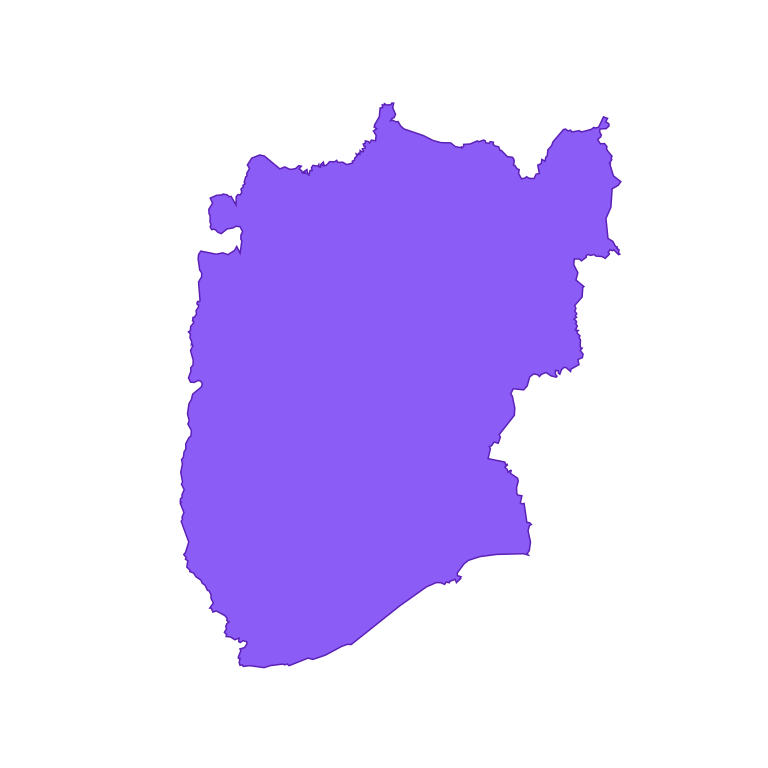 Cabo Corrientes, Jalisco, Mexico (Albers equal-area conic projection), rotated 281°
{"feature_id": "50627088B86222630376242", "entity_name": "Cabo Corrientes", "entity_type": "district", "adm_level": 2, "iso_a3": "MEX", "parent_name": "Mexico", "parent_adm1": "Jalisco", "projection": "albers", "projection_center": [-105.39, 20.333], "detail": "fine", "context": "isolated", "style": "filled", "palette": "violet", "viewbox_px": 768, "rotation_deg": 281, "n_neighbors": 0, "source": "geoboundaries", "source_scale": "gbopen_adm2", "svg_char_len": 6154}
<svg xmlns="http://www.w3.org/2000/svg" viewBox="0 0 768 768"><g transform="rotate(281 384 384)"><path d="M479.5,178.8L475.8,177.3L471.6,177.6L460.8,181.3L458.3,183.8L454.5,184.5L448.7,182.5L430.7,187.5L429.7,187.2L429.5,185.4L427.9,184.9L426.4,185.5L426.3,186.8L424.2,187.2L420.2,185.5L416.7,186.6L413.2,185.0L412.9,183.8L409.4,184.0L409.1,185.2L407.6,185.4L403.7,183.3L399.2,183.7L397.9,182.1L396.0,184.5L392.6,184.6L388.6,187.3L385.8,187.4L386.4,187.9L385.3,189.1L379.9,187.7L371.1,192.1L366.3,192.9L363.0,191.2L359.5,192.0L352.6,190.9L348.9,193.7L349.3,197.3L352.3,201.5L351.2,204.3L349.3,205.7L346.0,205.1L337.5,198.1L332.1,197.9L327.3,196.3L317.2,196.8L310.7,199.8L307.4,199.1L301.6,203.8L296.0,204.4L294.3,202.8L287.6,200.8L282.3,201.9L279.4,200.7L273.7,201.0L271.2,199.7L266.9,201.4L258.6,201.3L249.2,205.0L247.0,204.3L242.2,208.0L236.6,206.8L234.1,207.5L232.5,206.1L229.4,206.5L229.3,207.6L228.0,206.8L219.5,212.2L214.8,211.1L212.7,212.0L210.5,211.1L191.6,222.5L180.9,221.3L178.3,220.0L176.1,222.9L174.1,222.5L173.1,225.1L166.6,225.4L164.1,229.2L162.8,229.2L162.1,233.2L158.9,236.2L156.6,241.6L153.8,243.5L152.2,246.9L147.8,250.0L147.6,251.6L144.4,254.3L140.5,255.1L136.5,258.3L130.8,255.7L130.9,257.3L127.5,259.5L129.2,262.8L126.3,271.9L124.1,274.7L121.8,274.8L120.7,277.2L118.6,275.4L115.6,274.9L113.8,276.2L109.8,274.7L108.0,277.3L106.0,277.2L106.4,281.5L104.5,286.4L106.9,290.2L103.4,290.6L102.8,292.2L105.2,294.7L104.8,298.4L102.9,299.1L98.7,297.4L96.4,293.1L94.9,294.4L88.3,293.1L86.9,293.5L87.2,295.0L83.0,295.0L80.4,296.3L81.3,298.6L79.9,299.7L81.9,306.0L82.7,320.4L85.9,326.2L89.6,337.6L89.5,340.5L90.7,342.2L89.4,344.6L100.4,361.7L100.1,366.8L106.6,378.1L118.5,392.7L121.5,397.8L122.0,401.5L169.4,441.9L193.0,464.4L198.9,473.0L199.8,477.3L198.9,481.8L201.4,482.8L201.4,486.1L202.7,486.1L205.8,491.2L202.8,493.0L207.7,496.4L208.1,495.7L209.5,496.4L209.8,492.8L212.3,491.9L222.6,496.8L227.0,500.5L232.9,511.2L238.3,527.4L244.0,553.3L243.6,558.3L244.9,556.9L248.1,558.4L256.7,558.0L267.4,553.4L272.8,553.8L274.2,555.4L275.7,553.3L275.3,550.7L293.5,544.3L292.6,542.3L293.3,540.5L300.6,540.7L300.5,536.8L301.7,535.3L307.5,533.9L314.3,534.3L317.0,533.1L320.4,525.1L323.3,525.4L323.3,524.3L321.0,522.7L323.7,521.2L325.4,518.4L327.9,520.5L328.7,520.2L328.0,518.8L330.4,517.6L330.6,500.4L340.8,500.8L342.7,499.3L343.8,501.3L348.1,503.2L347.6,507.4L353.9,508.4L356.2,506.7L378.1,517.9L385.3,517.0L396.7,512.2L398.5,510.3L404.0,511.8L404.9,522.2L409.3,524.9L418.8,525.7L422.5,529.0L422.4,533.4L421.0,535.1L423.6,536.8L426.2,540.9L423.8,546.6L423.6,551.8L424.7,552.3L426.4,550.3L430.0,549.7L430.3,552.5L428.0,553.1L427.1,554.7L432.2,555.6L434.8,557.7L434.7,560.0L431.9,564.7L434.4,564.8L440.2,571.7L445.0,569.7L447.7,573.7L451.4,573.7L454.3,570.2L457.0,571.7L457.2,570.2L458.8,569.3L464.6,568.5L466.9,566.7L468.7,567.2L470.5,564.2L472.1,563.5L473.6,564.5L473.6,561.6L477.7,562.7L480.0,560.6L481.3,561.3L482.8,560.3L483.9,558.1L486.2,560.3L487.5,558.8L489.8,559.8L491.9,557.3L494.7,558.0L497.4,556.2L507.3,561.9L516.5,560.7L517.8,561.6L522.7,552.6L530.3,553.0L537.3,547.5L543.0,546.9L544.0,552.0L542.5,554.2L546.9,558.3L549.0,558.2L550.1,560.1L549.6,562.1L551.2,565.6L550.0,567.6L550.7,574.0L549.5,577.2L554.0,580.2L555.0,580.4L555.9,578.9L559.0,580.3L558.4,582.8L559.6,583.9L555.7,589.6L556.5,590.7L557.4,589.2L560.6,589.1L561.6,586.7L562.9,586.9L563.3,584.9L567.7,581.4L569.6,576.1L588.8,570.3L600.8,573.0L619.2,570.7L623.7,576.0L627.8,577.9L632.1,569.5L642.2,564.1L643.8,564.2L643.9,563.2L647.7,564.8L649.2,563.8L651.1,564.4L655.6,558.9L657.4,557.5L659.5,557.6L662.1,554.6L661.1,550.5L664.8,547.1L667.9,549.6L670.0,549.8L672.5,547.6L675.6,547.4L677.0,553.3L680.3,555.7L682.5,554.9L683.7,551.6L687.4,552.8L688.1,548.5L677.1,545.7L675.7,543.0L675.9,541.0L673.5,538.9L669.1,529.8L669.9,527.2L667.2,520.2L668.8,518.8L667.5,516.2L668.9,513.5L668.0,511.6L654.0,503.7L649.7,503.0L645.2,500.2L639.0,500.7L637.4,499.5L633.4,499.6L634.6,496.1L630.4,496.3L628.2,493.2L620.3,496.3L619.0,493.3L614.3,492.1L613.6,487.1L614.7,484.4L613.1,483.1L611.7,479.8L616.2,476.0L620.3,475.8L620.6,473.6L623.4,470.9L623.5,469.4L627.7,469.3L630.1,468.1L631.1,466.5L630.7,461.8L635.7,454.6L635.4,453.4L638.7,451.3L638.9,447.1L640.2,445.5L642.2,445.2L642.2,442.1L640.3,441.3L640.2,437.8L642.1,436.9L642.5,435.3L639.8,430.7L640.5,429.3L636.0,422.6L634.4,416.4L632.6,416.9L630.6,415.5L631.5,414.8L630.7,413.9L630.6,408.7L633.4,403.5L631.8,393.8L632.4,385.7L635.4,375.2L638.2,354.9L640.5,351.1L644.4,347.7L643.6,346.0L644.6,342.0L643.7,340.3L646.3,341.2L647.4,343.1L650.8,343.9L656.9,339.8L661.6,339.9L661.2,338.0L659.4,337.4L658.4,333.2L659.3,330.9L657.8,330.9L657.7,329.0L655.1,329.9L654.2,327.5L645.6,328.4L636.2,325.2L634.9,326.0L634.3,325.4L633.1,328.2L630.4,325.3L626.6,328.8L621.1,329.3L621.0,325.1L617.8,323.8L619.0,322.3L619.1,319.3L616.7,319.6L615.6,317.8L613.7,318.9L613.7,320.3L612.0,320.4L610.6,317.8L608.7,319.4L607.6,318.4L608.6,316.0L605.0,316.5L605.6,315.2L604.2,315.0L604.7,312.8L602.7,313.9L600.2,312.2L598.0,312.3L596.7,310.4L594.9,311.0L592.3,305.5L593.8,301.3L592.7,296.2L594.5,294.9L592.7,293.1L591.9,288.2L587.8,285.8L586.6,283.0L586.9,282.1L588.0,283.1L590.3,282.1L587.3,280.0L584.6,280.3L584.8,278.9L587.0,278.1L585.2,277.5L585.1,272.6L582.5,271.5L579.8,272.7L579.5,270.7L574.8,270.5L575.7,269.1L579.8,267.4L577.1,264.7L575.8,266.6L575.7,263.4L577.6,262.6L579.0,259.6L582.0,261.3L582.1,258.7L578.7,256.2L577.2,252.7L576.8,250.2L578.2,245.3L575.3,240.7L585.0,223.0L585.1,218.3L580.5,211.1L573.0,208.1L569.9,210.8L564.4,209.1L562.2,209.8L561.0,208.7L555.2,208.3L554.0,209.5L552.1,207.6L550.8,208.3L548.0,206.4L545.1,207.8L542.3,206.8L542.1,204.6L539.8,203.2L531.6,204.5L539.0,198.1L538.3,196.4L539.8,193.7L539.7,189.6L538.8,189.1L537.3,183.7L533.3,177.9L528.8,181.2L522.1,178.7L517.7,179.8L516.1,181.2L509.7,182.3L507.4,184.0L505.3,183.3L503.7,184.4L502.6,185.6L503.6,187.1L503.1,189.3L501.3,191.8L500.5,195.5L506.2,200.3L508.5,206.3L510.5,208.3L511.0,212.6L506.5,216.2L503.0,215.1L498.6,215.9L497.6,217.1L484.9,217.8L490.9,213.2L486.6,211.8L481.2,206.1L482.0,200.7L479.4,194.5L479.5,178.8Z" fill="#8b5cf6" stroke="#5b21b6" stroke-width="1.5"/></g></svg>